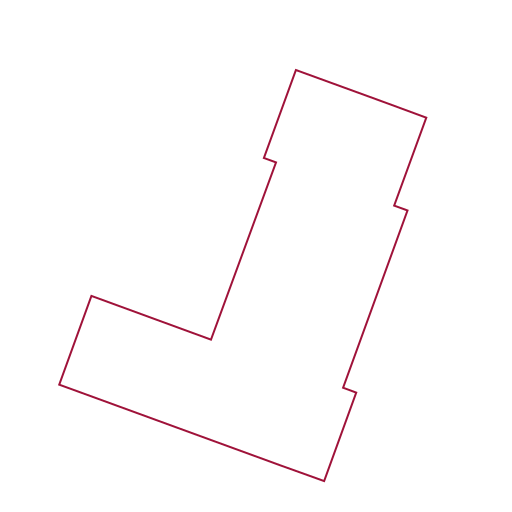 Pierce, North Dakota, United States of America, rotated 200°
{"feature_id": "52423323B9617880676259", "entity_name": "Pierce", "entity_type": "district", "adm_level": 2, "iso_a3": "USA", "parent_name": "United States of America", "parent_adm1": "North Dakota", "projection": "mercator", "projection_center": [-99.984, 48.196], "detail": "fine", "context": "isolated", "style": "outline", "palette": "rose", "viewbox_px": 512, "rotation_deg": 200, "n_neighbors": 0, "source": "geoboundaries", "source_scale": "gbopen_adm2", "svg_char_len": 343}
<svg xmlns="http://www.w3.org/2000/svg" viewBox="0 0 512 512"><g transform="rotate(200 256 256)"><path d="M282.1,444.4L282.1,350.8L269.2,350.8L269.7,162.0L397.0,162.2L396.9,67.8L162.0,67.6L115.0,67.8L115.1,161.9L129.1,162.0L129.2,350.6L143.4,350.6L143.3,444.2L189.6,444.4L282.1,444.4Z" fill="none" stroke="#9f1239" stroke-width="2"/></g></svg>